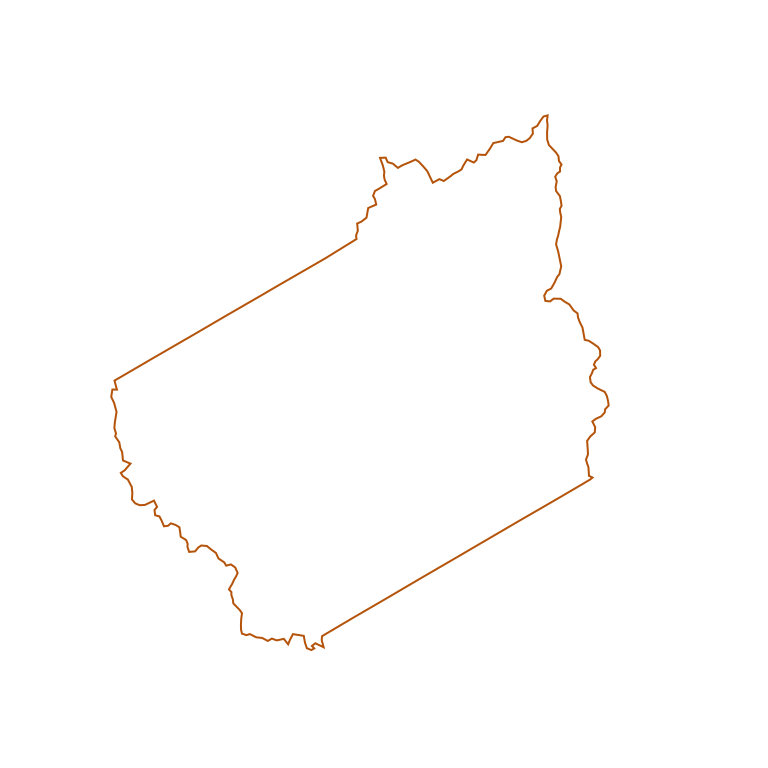 Rolim de Moura, Rondônia, Brazil, rotated 150°
{"feature_id": "56859067B5137929458601", "entity_name": "Rolim de Moura", "entity_type": "district", "adm_level": 2, "iso_a3": "BRA", "parent_name": "Brazil", "parent_adm1": "Rondônia", "projection": "robinson", "projection_center": [-61.8, -11.741], "detail": "fine", "context": "isolated", "style": "outline", "palette": "amber", "viewbox_px": 768, "rotation_deg": 150, "n_neighbors": 0, "source": "geoboundaries", "source_scale": "gbopen_adm2", "svg_char_len": 3190}
<svg xmlns="http://www.w3.org/2000/svg" viewBox="0 0 768 768"><g transform="rotate(150 384 384)"><path d="M274.4,581.8L275.7,574.0L277.5,567.8L279.9,564.4L281.3,560.6L281.7,555.9L291.4,555.6L295.3,555.7L299.4,552.4L299.4,548.6L301.0,543.3L309.7,544.3L316.0,536.8L322.4,535.9L327.0,536.4L330.0,529.9L334.0,526.5L335.3,523.3L371.9,522.2L409.0,522.2L428.7,522.2L446.9,522.1L485.8,522.1L525.9,521.9L567.2,521.9L606.0,521.7L615.7,521.7L618.1,512.7L622.0,515.0L626.7,509.2L627.2,502.5L629.6,493.5L636.1,485.6L639.6,480.6L640.8,475.2L643.0,473.0L642.4,465.9L644.5,460.1L644.8,456.0L648.3,448.3L643.4,441.8L647.2,440.5L651.7,438.9L656.4,438.6L656.2,434.5L653.6,429.3L653.9,421.0L656.5,415.3L660.0,410.0L659.1,405.0L656.2,401.2L651.5,398.8L641.5,398.0L642.0,391.0L645.7,389.7L647.8,384.7L644.7,381.7L644.9,376.9L645.7,370.8L641.9,369.2L638.3,369.9L635.0,366.2L632.8,362.2L634.9,356.9L636.4,353.4L633.4,347.8L633.9,343.9L635.7,341.1L636.7,336.0L631.3,333.5L626.5,335.3L623.0,335.5L618.4,332.3L616.5,327.2L614.0,321.7L614.6,315.7L611.5,309.3L611.5,305.6L606.7,304.2L604.6,299.5L605.2,293.6L608.2,291.4L612.0,289.3L615.4,286.8L618.2,285.3L621.0,283.6L620.2,280.1L621.8,277.3L622.5,273.3L624.2,269.3L621.9,260.3L621.6,256.5L625.0,252.1L628.3,247.0L630.7,242.6L631.8,238.8L628.7,235.3L625.2,234.5L621.3,228.5L616.5,225.0L613.1,219.6L608.4,219.6L605.1,215.6L598.2,213.4L597.2,206.5L593.3,209.5L587.9,212.9L579.4,206.0L581.8,199.4L582.9,193.7L579.9,189.9L576.6,189.9L577.4,193.2L573.1,193.8L567.9,186.2L566.0,193.4L563.7,196.6L528.1,197.0L488.0,197.1L450.0,197.4L412.0,197.5L374.3,197.7L333.8,197.9L325.0,197.9L296.3,197.9L261.0,198.1L256.4,198.2L253.3,198.2L250.2,198.7L252.4,202.0L250.6,205.5L248.5,209.9L247.9,213.4L246.9,217.5L242.4,221.2L239.8,226.5L236.5,233.2L231.7,235.4L225.7,236.7L222.7,241.0L222.3,247.4L218.1,247.9L211.9,247.4L207.1,249.0L205.0,251.6L200.2,253.0L198.6,256.9L197.0,262.1L196.8,266.8L201.1,273.2L203.7,278.1L204.2,282.1L202.2,287.0L198.5,289.4L195.8,291.7L192.4,291.8L192.6,295.7L189.7,297.9L186.6,298.6L182.7,300.3L180.1,305.1L180.1,308.8L182.2,313.5L185.0,319.0L188.1,321.9L183.9,333.6L183.5,340.0L182.7,344.6L181.1,348.4L183.0,352.9L183.7,360.2L186.5,365.2L188.3,369.4L194.4,373.1L198.9,372.5L202.7,375.3L201.1,380.4L196.4,383.3L191.4,383.1L185.2,386.8L180.2,390.3L177.3,391.3L171.7,397.3L166.9,411.7L165.2,418.8L161.9,422.8L159.1,425.3L156.1,428.7L152.7,432.2L150.8,434.9L147.0,440.0L145.6,444.6L144.2,447.7L141.1,449.6L139.1,454.7L137.7,458.9L138.5,465.0L136.9,468.8L133.1,473.1L132.1,477.9L128.6,479.8L125.3,480.0L123.3,483.5L120.5,485.4L121.0,489.6L119.0,494.1L119.3,498.4L121.7,508.5L120.5,514.0L117.2,520.0L113.1,526.0L111.0,530.8L108.0,534.8L112.1,535.9L117.0,533.8L122.3,530.9L127.6,531.1L129.8,526.5L134.7,524.1L139.1,523.4L143.6,524.4L146.8,527.9L152.3,535.7L155.4,537.0L159.3,535.0L165.4,536.9L168.8,538.0L174.7,534.8L181.6,531.6L187.8,535.6L192.1,531.6L195.5,530.9L199.8,536.9L206.4,533.3L209.5,531.1L213.2,530.9L218.9,531.3L222.4,530.7L230.7,529.9L233.6,533.7L241.1,533.9L240.1,546.7L241.2,552.7L242.7,559.1L244.5,562.6L249.9,563.1L258.8,564.3L263.9,564.2L266.2,570.5L269.9,574.3L269.4,579.2L274.4,581.8Z" fill="none" stroke="#b45309" stroke-width="2"/></g></svg>